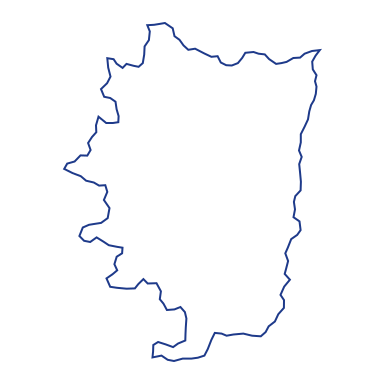 the district of Canaã, Minas Gerais, Brazil
{"feature_id": "56859067B79811618313026", "entity_name": "Canaã", "entity_type": "district", "adm_level": 2, "iso_a3": "BRA", "parent_name": "Brazil", "parent_adm1": "Minas Gerais", "projection": "orthographic", "projection_center": [-42.629, -20.671], "detail": "fine", "context": "isolated", "style": "outline", "palette": "blue", "viewbox_px": 384, "rotation_deg": 0, "n_neighbors": 0, "source": "geoboundaries", "source_scale": "gbopen_adm2", "svg_char_len": 2196}
<svg xmlns="http://www.w3.org/2000/svg" viewBox="0 0 384 384"><path d="M167.7,359.8L174.0,361.0L182.7,358.6L191.4,358.6L197.9,357.7L204.4,355.6L207.8,349.0L211.4,339.8L214.8,332.9L221.6,333.6L226.6,335.7L233.4,334.5L243.3,333.6L252.1,335.7L260.8,336.3L265.6,332.1L268.7,326.3L274.9,321.5L278.3,314.2L283.9,307.9L284.0,300.1L280.5,294.9L284.2,286.6L289.9,279.7L284.7,273.9L286.2,268.4L288.1,261.0L285.3,253.3L287.8,247.7L291.2,239.1L297.2,234.9L300.6,230.1L299.5,221.4L293.5,217.2L295.0,209.4L293.9,201.9L295.3,196.1L300.6,190.4L300.9,181.7L300.0,171.9L299.2,164.1L301.7,156.9L299.0,150.5L300.8,142.4L300.8,134.2L304.6,126.7L308.0,119.4L309.3,111.3L311.1,105.0L313.9,100.3L315.8,93.9L316.5,86.6L315.0,81.2L316.5,75.2L312.8,69.4L312.2,61.6L315.6,55.6L319.8,50.1L312.0,51.0L304.6,53.7L300.1,57.6L293.3,58.0L286.6,61.9L281.4,63.1L276.1,63.9L269.1,59.1L264.8,54.4L258.6,53.7L253.5,52.0L245.3,52.8L242.2,57.9L237.9,63.1L231.8,65.5L226.2,65.2L220.8,62.5L217.6,56.2L211.4,56.8L204.4,53.5L195.1,48.7L188.3,49.8L183.5,45.4L179.5,39.8L174.5,36.2L172.7,28.3L164.9,23.0L159.7,23.9L154.1,24.8L147.3,25.2L149.8,31.4L148.9,40.1L144.6,46.4L144.2,54.6L142.8,63.1L138.6,66.8L133.6,65.8L126.5,63.9L122.6,67.9L116.6,63.7L113.6,59.2L107.3,58.2L108.2,67.6L110.5,76.6L107.1,83.2L101.0,89.1L104.2,96.8L110.2,98.0L115.5,101.7L116.6,109.2L118.6,116.1L118.3,122.2L112.9,123.0L106.2,123.0L98.5,116.7L96.0,125.3L96.3,132.2L92.0,137.0L88.1,143.0L90.6,150.0L87.3,155.6L80.5,155.4L74.6,161.5L67.2,163.6L64.2,168.9L72.6,173.1L80.8,176.2L86.1,180.7L93.8,182.5L99.1,185.6L105.3,185.2L107.3,191.9L103.9,200.0L109.5,208.1L107.7,218.1L101.1,222.9L94.6,223.9L89.0,224.8L82.8,227.5L79.4,236.0L84.1,240.8L90.2,242.0L96.6,237.4L103.7,241.8L108.8,245.2L116.9,246.8L122.5,247.7L122.1,253.3L116.7,256.7L114.4,264.2L117.2,270.3L112.7,274.1L106.5,278.4L110.2,286.8L117.0,287.8L126.6,288.7L134.9,288.4L138.3,284.1L143.4,279.1L147.7,283.5L156.5,283.2L160.9,291.3L159.8,299.2L163.5,303.7L166.9,310.0L174.5,309.4L180.4,307.0L184.9,312.1L186.4,318.5L185.8,327.2L185.5,333.8L185.3,340.5L178.1,343.5L173.1,347.1L165.7,344.4L158.1,342.0L153.3,345.0L153.1,351.3L152.5,357.4L161.5,355.6L167.7,359.8Z" fill="none" stroke="#1e3a8a" stroke-width="2"/></svg>